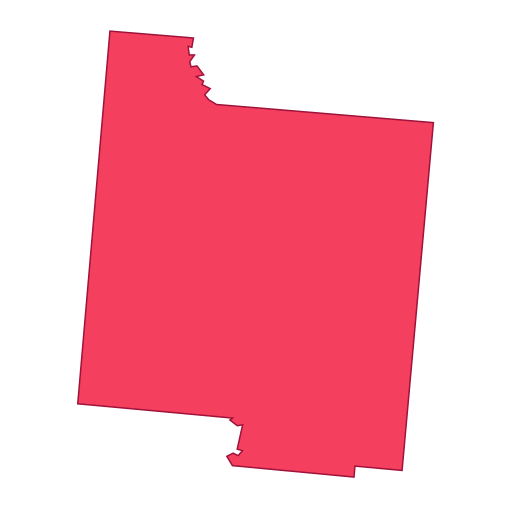 Jackson, South Dakota, United States of America (orthographic projection), rotated 275°
{"feature_id": "52423323B47922460114210", "entity_name": "Jackson", "entity_type": "district", "adm_level": 2, "iso_a3": "USA", "parent_name": "United States of America", "parent_adm1": "South Dakota", "projection": "orthographic", "projection_center": [-101.56, 43.692], "detail": "fine", "context": "isolated", "style": "filled", "palette": "rose", "viewbox_px": 512, "rotation_deg": 275, "n_neighbors": 0, "source": "geoboundaries", "source_scale": "gbopen_adm2", "svg_char_len": 561}
<svg xmlns="http://www.w3.org/2000/svg" viewBox="0 0 512 512"><g transform="rotate(275 256 256)"><path d="M404.3,421.1L403.5,203.4L407.5,195.3L412.1,190.8L418.7,195.8L422.1,187.3L425.6,188.5L429.6,180.9L431.9,188.1L440.2,180.6L438.8,174.7L443.9,173.1L450.9,177.2L450.5,172.0L458.9,170.1L458.3,173.9L467.7,174.7L467.3,90.9L97.9,91.3L93.2,91.3L92.5,246.9L90.3,244.3L85.3,252.2L86.7,257.4L62.0,254.1L60.9,259.5L55.6,255.6L57.6,250.4L53.9,244.4L45.1,250.8L44.3,372.9L55.3,372.9L55.1,420.2L404.3,421.1Z" fill="#f43f5e" stroke="#9f1239" stroke-width="1.5"/></g></svg>